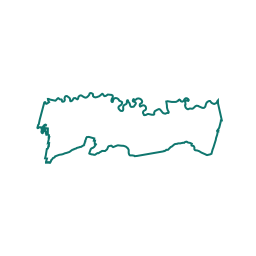 outline of Varfu Campului, Botosani, Romania, rotated 131°
{"feature_id": "2599482B97560889775117", "entity_name": "Varfu Campului", "entity_type": "district", "adm_level": 2, "iso_a3": "ROU", "parent_name": "Romania", "parent_adm1": "Botosani", "projection": "natural_earth1", "projection_center": [26.332, 47.846], "detail": "fine", "context": "isolated", "style": "outline", "palette": "teal", "viewbox_px": 256, "rotation_deg": 131, "n_neighbors": 0, "source": "geoboundaries", "source_scale": "gbopen_adm2", "svg_char_len": 5920}
<svg xmlns="http://www.w3.org/2000/svg" viewBox="0 0 256 256"><g transform="rotate(131 128 128)"><path d="M184.7,197.8L187.3,196.5L187.3,196.4L187.3,196.0L186.9,195.7L185.7,195.4L185.2,195.0L184.3,193.7L183.9,193.3L183.1,193.0L181.5,193.1L180.4,193.0L179.5,192.4L179.5,191.8L180.1,191.6L181.0,192.4L181.8,192.4L182.8,191.7L183.7,190.4L184.3,190.4L184.5,190.7L183.8,192.2L184.2,192.9L184.9,193.3L185.4,192.8L185.2,191.9L185.6,191.3L185.8,191.2L186.3,191.4L186.7,191.4L187.4,191.1L187.9,190.5L188.2,189.8L188.0,189.1L187.6,189.0L186.5,189.5L186.1,189.5L185.3,189.3L184.9,188.8L184.5,188.7L182.1,190.0L180.9,188.2L184.6,185.0L184.6,185.4L184.3,186.1L184.3,187.1L184.5,187.2L184.9,187.2L185.7,186.9L186.0,186.1L186.6,185.4L186.7,185.2L185.7,184.3L185.2,183.2L185.3,182.9L187.1,181.7L186.7,181.4L192.2,178.4L191.2,177.6L193.7,175.8L194.0,176.2L195.5,175.3L196.5,175.1L197.1,175.5L202.7,172.0L205.3,170.7L204.2,169.1L207.5,167.6L207.8,167.3L207.4,167.1L207.6,166.7L207.2,166.3L206.7,166.2L206.7,165.9L206.2,165.8L206.2,165.3L205.7,165.1L205.9,164.6L205.4,164.0L203.8,164.3L202.5,164.9L201.8,164.7L199.9,164.9L198.5,164.2L197.9,164.2L197.4,164.4L197.1,164.3L193.7,162.5L192.7,161.8L192.0,161.1L190.5,160.0L188.6,159.1L186.9,157.9L184.5,156.5L181.0,155.7L179.8,154.9L179.4,154.9L178.5,154.4L177.7,153.8L176.7,153.6L174.0,151.8L173.8,151.8L173.4,151.4L172.8,150.9L171.2,150.6L170.2,150.0L169.8,150.1L169.5,150.0L168.9,150.5L168.0,150.7L166.8,151.4L166.3,151.3L165.6,152.0L164.6,152.2L162.8,153.0L162.3,153.0L161.9,153.1L160.4,151.7L158.0,146.6L160.0,145.5L159.2,144.6L160.6,143.8L161.8,142.6L161.3,141.8L161.3,141.5L164.4,141.1L166.1,141.5L167.3,142.2L168.5,142.2L172.6,140.6L172.7,140.4L172.5,139.8L171.6,137.8L171.0,137.1L170.5,136.0L169.8,135.3L167.4,134.7L166.8,134.4L166.5,133.8L166.1,133.6L164.9,133.4L163.7,132.9L162.3,132.5L161.7,131.8L160.4,130.2L157.8,129.8L155.0,130.7L154.4,130.6L153.0,129.6L152.3,129.0L152.2,128.7L152.3,127.5L152.2,126.7L149.5,125.3L148.0,124.5L147.5,124.0L145.8,121.5L144.4,119.7L143.6,117.8L143.4,116.7L143.5,115.8L143.4,115.0L143.8,113.8L144.2,113.0L146.4,111.1L147.2,109.8L147.4,109.0L147.3,108.4L146.0,107.0L145.2,105.7L144.9,105.2L144.9,104.5L143.1,102.8L123.1,86.5L122.0,85.7L121.6,85.7L121.3,85.2L120.0,84.8L119.3,84.8L119.0,84.3L118.2,83.5L114.4,83.3L113.4,82.8L109.7,82.2L108.3,81.2L107.8,80.6L106.8,80.1L106.1,79.4L105.3,78.4L104.4,77.9L104.0,77.4L103.1,76.9L102.4,75.9L101.6,75.9L100.1,75.1L99.7,74.3L99.8,73.9L99.6,73.2L98.5,71.3L98.0,69.5L99.2,69.0L99.5,68.6L99.4,68.1L98.6,66.9L98.7,66.1L99.2,65.0L100.4,64.1L100.7,63.3L100.7,62.9L100.5,62.4L99.5,60.9L98.8,59.0L98.4,56.5L96.9,51.7L96.9,51.2L96.5,50.5L94.0,48.7L92.7,48.1L88.8,50.0L86.8,50.7L79.3,54.0L77.9,54.9L74.5,56.3L72.2,57.7L72.1,58.0L71.7,57.7L71.4,58.7L70.9,58.4L70.9,58.7L70.5,58.9L70.2,58.7L70.0,58.8L70.0,59.1L69.8,59.1L69.6,59.0L67.8,59.4L62.1,62.3L61.3,62.9L60.7,62.2L50.4,76.2L48.2,78.2L49.1,78.2L50.3,77.7L50.9,77.7L51.9,78.0L53.3,78.7L53.7,79.5L54.2,81.4L53.8,83.8L54.4,84.5L55.8,85.1L57.2,85.3L58.9,84.8L61.2,83.7L61.9,83.7L63.0,83.9L63.6,84.5L64.1,85.3L65.2,88.7L65.2,89.3L66.1,90.8L67.3,91.4L69.6,91.6L71.0,91.9L71.6,92.5L72.7,94.1L74.5,95.0L74.9,96.2L74.8,97.7L74.4,98.6L73.3,100.0L72.9,99.9L72.3,100.2L70.7,102.1L69.9,102.3L69.3,102.2L68.9,101.9L68.0,100.3L67.2,100.4L67.0,100.6L66.7,101.5L66.9,103.0L67.5,103.8L68.1,104.1L69.4,104.2L71.1,103.8L72.3,104.2L72.8,104.8L73.1,105.6L73.1,106.0L72.7,106.7L72.8,107.8L73.7,108.2L74.5,108.0L76.6,108.8L77.5,109.6L79.7,112.2L81.8,115.7L82.9,116.5L85.2,113.7L87.1,111.9L88.4,109.9L89.2,107.8L89.6,107.5L90.1,107.4L90.9,108.3L92.8,109.3L93.6,110.9L93.7,111.8L93.0,115.8L93.2,116.7L93.6,117.2L95.3,118.0L97.8,118.8L99.3,118.3L100.3,117.3L101.1,117.3L102.3,118.6L104.1,121.9L104.7,122.4L106.5,123.1L107.5,124.0L107.7,124.4L107.6,124.9L107.2,125.4L106.8,126.6L106.1,127.1L105.5,127.3L104.6,127.3L103.0,126.7L102.4,126.7L101.5,127.1L100.5,128.3L100.3,128.7L100.2,129.7L100.3,130.5L100.7,131.2L101.5,131.9L103.3,132.6L103.7,132.8L103.8,133.2L103.3,134.0L102.3,134.6L101.6,134.6L99.9,134.1L98.8,134.6L98.2,135.5L97.9,136.7L98.1,138.1L98.4,138.8L98.9,139.6L99.9,140.4L101.7,140.8L102.2,141.1L102.4,141.4L102.5,142.5L102.7,142.8L103.0,142.8L104.3,142.3L104.6,141.8L104.5,141.2L103.8,139.7L103.9,138.8L104.3,138.2L105.2,137.9L107.8,137.7L108.2,137.7L108.8,138.2L109.8,139.2L110.0,139.6L110.0,140.3L109.7,141.0L108.3,143.0L108.1,144.6L107.2,146.1L107.3,146.5L107.6,146.7L108.4,146.5L110.0,145.3L110.6,145.1L111.4,145.2L113.3,146.0L114.5,145.9L115.5,145.3L116.9,143.9L117.9,143.4L118.7,143.4L119.5,144.2L119.8,144.7L119.9,145.4L119.6,147.6L119.0,148.5L118.3,148.9L117.4,149.0L115.1,148.4L114.1,148.4L113.2,148.7L112.4,149.4L112.5,150.4L113.1,152.5L112.6,153.9L112.6,154.9L112.8,155.8L113.4,156.9L114.3,157.6L115.1,157.8L116.2,157.7L118.2,156.7L118.7,156.9L118.9,157.3L118.7,158.0L118.1,158.6L116.7,159.3L115.1,159.6L114.0,160.3L113.6,161.0L113.8,162.1L116.0,165.2L118.1,165.7L119.2,166.4L119.4,166.9L119.4,167.3L118.9,169.4L119.1,169.9L122.8,170.5L125.0,171.7L126.3,172.7L126.9,174.0L126.9,175.2L125.4,176.8L125.4,177.1L125.7,178.5L126.3,179.3L127.1,179.6L128.5,179.0L130.5,179.0L132.0,179.3L132.9,179.9L133.3,180.6L133.7,182.1L134.0,184.4L134.2,184.8L134.6,185.3L135.6,185.7L136.6,185.8L137.2,185.7L138.7,184.9L139.5,185.0L139.7,185.3L140.0,187.4L141.0,188.4L141.3,188.5L143.7,188.1L144.9,188.4L145.3,188.7L145.5,189.0L145.4,189.5L144.2,190.7L143.7,191.8L143.9,194.8L144.4,195.6L145.2,196.0L146.1,195.9L147.3,195.3L148.2,194.2L148.7,193.9L149.7,193.7L150.4,194.0L151.0,194.5L151.2,195.1L151.0,195.5L150.2,196.4L150.1,196.8L150.2,197.1L150.8,197.7L151.1,198.3L151.2,199.0L151.1,200.0L151.3,200.3L152.0,200.5L154.7,200.6L155.1,200.8L157.7,205.5L158.1,206.9L158.6,207.5L159.7,206.2L160.2,204.5L162.5,205.1L163.3,205.5L163.4,205.8L163.5,206.2L162.9,207.0L162.8,207.4L163.0,207.7L163.7,207.9L179.8,200.0L183.7,197.8L184.7,197.8Z" fill="none" stroke="#0f766e" stroke-width="2"/></g></svg>